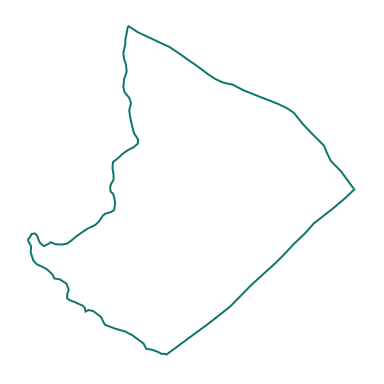 outline of Felo-Jekwi, Grand Kru, Liberia, rotated 2°
{"feature_id": "62588387B92809240343923", "entity_name": "Felo-Jekwi", "entity_type": "district", "adm_level": 2, "iso_a3": "LBR", "parent_name": "Liberia", "parent_adm1": "Grand Kru", "projection": "natural_earth1", "projection_center": [-8.409, 4.727], "detail": "fine", "context": "isolated", "style": "outline", "palette": "teal", "viewbox_px": 384, "rotation_deg": 2, "n_neighbors": 0, "source": "geoboundaries", "source_scale": "gbopen_adm2", "svg_char_len": 1753}
<svg xmlns="http://www.w3.org/2000/svg" viewBox="0 0 384 384"><g transform="rotate(2 192 192)"><path d="M354.1,183.8L350.0,178.6L341.8,168.2L340.6,166.6L329.4,155.8L325.5,148.2L322.2,141.0L309.3,129.0L300.4,120.2L291.0,109.3L284.0,104.9L273.7,100.5L266.9,98.1L256.2,94.4L239.2,88.3L229.3,83.4L219.3,81.6L211.2,78.2L203.7,73.6L191.8,65.3L183.4,60.0L175.2,54.6L164.5,47.9L155.4,44.1L142.1,38.4L132.2,34.2L123.0,28.6L122.0,29.6L120.1,42.6L120.1,46.8L118.5,55.6L119.6,61.7L121.6,67.1L122.5,74.1L120.1,81.8L120.0,86.5L119.6,89.1L121.3,94.9L126.0,100.1L127.9,105.4L126.4,112.8L128.2,121.6L129.9,128.5L132.0,135.3L136.4,141.6L136.1,145.6L132.3,149.2L126.3,152.5L120.9,156.6L117.8,159.9L115.0,162.4L112.0,164.8L111.7,170.7L113.0,177.5L113.2,182.6L110.9,186.6L110.0,189.9L110.6,194.4L113.1,196.5L114.4,200.2L115.6,205.4L114.9,212.7L111.8,214.8L105.7,216.9L103.3,219.3L100.7,223.9L96.7,228.2L89.4,232.0L83.0,236.5L77.4,240.8L73.4,244.5L68.9,248.0L63.6,249.1L57.1,248.9L52.5,247.1L50.3,248.9L46.3,251.1L44.9,250.6L42.0,248.3L40.4,245.3L38.9,241.3L36.6,238.9L33.2,239.5L31.0,243.9L29.9,244.7L30.0,246.5L33.1,251.9L32.9,258.0L35.9,266.2L39.5,269.7L43.9,271.5L49.6,274.2L55.8,279.7L57.5,283.2L63.2,284.0L69.8,288.1L72.2,294.1L70.9,298.6L70.9,302.7L73.8,304.5L79.0,306.2L82.2,307.6L86.4,309.3L88.8,311.3L89.8,315.2L92.7,313.6L97.4,314.4L105.5,320.1L107.5,324.2L109.7,327.7L112.5,328.7L119.8,331.2L129.9,333.7L137.5,337.3L143.4,341.4L148.8,345.1L151.7,350.3L157.6,351.1L163.8,353.1L167.2,354.8L171.0,354.8L172.0,355.4L181.2,348.2L196.4,336.1L212.5,323.4L234.0,305.3L254.1,283.3L263.3,274.3L277.5,260.5L284.7,252.9L289.1,247.8L295.4,240.6L307.0,228.7L314.9,219.1L334.3,202.8L337.6,199.7L344.0,194.0L354.1,183.8Z" fill="none" stroke="#0f766e" stroke-width="2"/></g></svg>